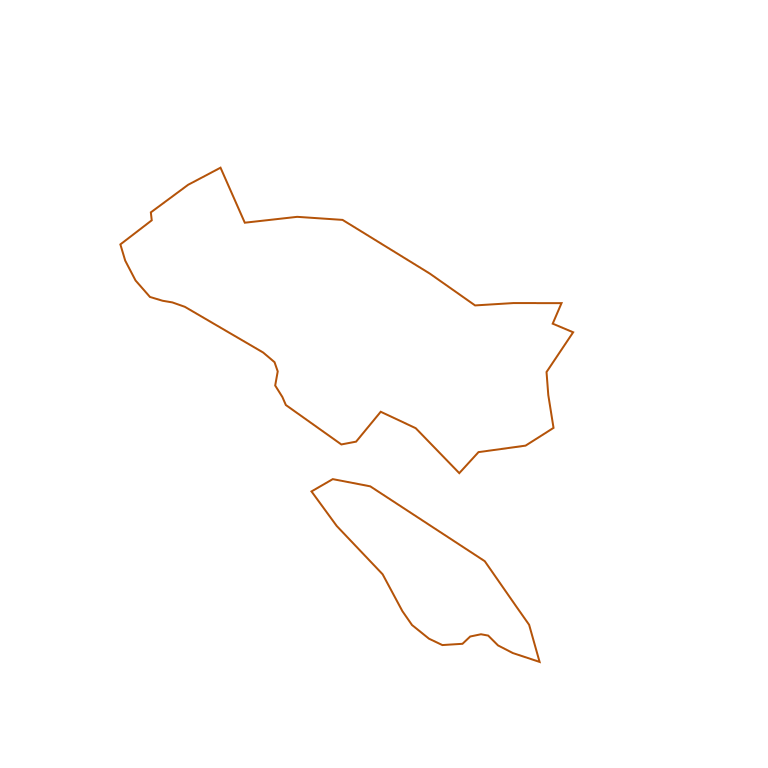 SVG path tracing the border of Olaines, rotated 38°
{"feature_id": "LVA-5772", "entity_name": "Olaines", "entity_type": "Municipality", "adm_level": 1, "iso_a3": "LVA", "parent_name": "Latvia", "parent_adm1": "", "projection": "robinson", "projection_center": [24.009, 56.777], "detail": "fine", "context": "isolated", "style": "outline", "palette": "amber", "viewbox_px": 768, "rotation_deg": 38, "n_neighbors": 0, "source": "natural_earth", "source_scale": "10m", "svg_char_len": 848}
<svg xmlns="http://www.w3.org/2000/svg" viewBox="0 0 768 768"><g transform="rotate(38 384 384)"><path d="M474.1,211.0L479.8,232.6L501.2,226.8L504.7,274.5L520.2,291.5L544.6,314.2L533.5,345.4L500.4,379.5L498.2,407.9L436.2,399.3L398.5,407.9L397.5,446.6L387.6,457.9L319.6,461.0L311.9,456.8L299.2,452.2L292.5,439.5L284.3,434.2L269.4,433.6L179.5,445.8L167.0,450.0L158.3,454.7L146.0,459.5L124.5,455.4L104.1,446.1L90.3,436.3L100.2,398.0L94.6,392.3L107.0,347.6L122.0,314.2L175.0,342.6L212.7,305.7L250.3,280.2L352.1,268.8L407.4,266.0L436.2,240.5L474.1,211.0ZM677.7,507.2L651.2,516.7L634.8,519.8L621.0,518.1L614.5,521.5L607.4,529.9L605.8,540.4L590.7,553.8L576.3,557.0L554.5,556.7L538.4,551.7L500.1,534.8L434.2,525.0L393.0,513.3L402.2,490.5L436.2,473.1L572.5,461.6L625.2,477.9L646.6,484.4L677.7,507.2Z" fill="none" stroke="#b45309" stroke-width="2"/></g></svg>